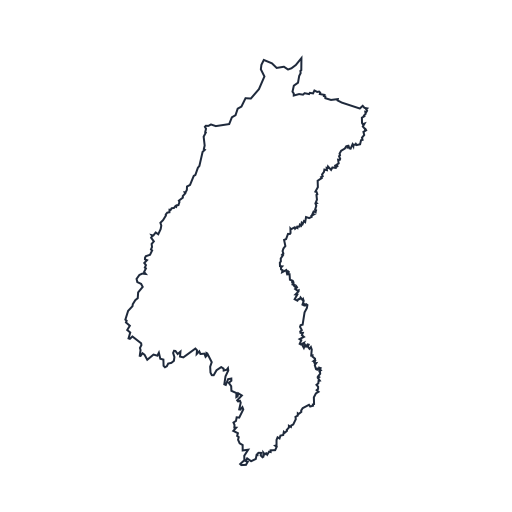 Thung Yai, Nakhon Si Thammarat, Thailand (Equal Earth projection), rotated 200°
{"feature_id": "78962969B32450695169109", "entity_name": "Thung Yai", "entity_type": "district", "adm_level": 2, "iso_a3": "THA", "parent_name": "Thailand", "parent_adm1": "Nakhon Si Thammarat", "projection": "equal_earth", "projection_center": [99.344, 8.291], "detail": "fine", "context": "isolated", "style": "outline", "palette": "slate", "viewbox_px": 512, "rotation_deg": 200, "n_neighbors": 0, "source": "geoboundaries", "source_scale": "gbopen_adm2", "svg_char_len": 6115}
<svg xmlns="http://www.w3.org/2000/svg" viewBox="0 0 512 512"><g transform="rotate(200 256 256)"><path d="M315.7,442.9L316.3,437.5L315.3,433.1L309.5,427.6L310.3,413.8L314.7,402.2L319.8,400.7L320.8,391.4L323.6,388.2L323.4,381.3L326.1,378.1L326.3,370.8L338.2,364.3L343.3,364.2L345.2,362.0L347.7,361.2L348.2,359.9L346.5,358.5L346.1,355.0L345.4,354.8L346.0,350.2L342.0,342.2L341.6,338.6L340.4,338.3L341.8,335.6L340.0,321.2L340.8,319.1L340.7,311.4L341.9,310.0L342.3,300.2L344.6,297.7L343.6,294.5L343.9,291.9L344.9,291.5L343.9,290.6L345.3,287.3L344.7,285.8L347.4,281.6L346.4,280.6L346.3,277.3L347.9,276.5L347.8,275.0L348.8,275.3L349.5,273.1L351.6,272.0L352.0,270.1L353.1,269.9L352.3,267.5L354.2,266.4L355.0,264.1L354.5,263.2L355.6,257.9L357.2,254.5L355.4,252.2L354.8,248.7L355.3,243.0L358.3,243.8L359.5,240.1L361.2,239.9L360.3,239.3L360.8,237.3L357.0,234.8L358.2,231.6L356.8,228.9L356.9,226.2L355.5,225.7L356.0,220.9L359.5,218.1L359.7,216.3L359.2,214.9L357.0,214.8L358.6,211.2L356.3,209.8L356.5,207.1L355.2,206.7L355.7,202.7L353.5,201.4L356.8,200.6L359.1,198.3L360.4,193.6L358.6,190.9L354.4,190.5L351.9,188.2L354.3,181.5L352.7,175.9L354.3,173.3L355.3,168.6L354.9,166.6L357.4,160.7L357.0,151.5L355.4,150.9L355.5,149.1L350.7,147.3L351.7,142.4L348.0,141.1L347.6,135.0L346.2,135.0L344.6,138.1L334.1,134.7L333.2,133.1L333.6,129.9L332.3,128.1L331.1,122.5L330.3,122.6L329.4,125.8L327.0,125.1L322.7,121.3L318.6,128.3L314.6,128.6L314.2,131.9L310.8,126.7L307.6,127.0L305.3,121.2L303.5,120.3L302.1,121.9L301.7,124.9L299.0,126.6L297.3,129.4L298.1,133.1L300.7,136.5L300.6,138.9L299.2,139.2L296.1,137.1L294.3,140.3L293.0,135.5L289.6,135.9L281.3,148.3L279.2,147.2L278.2,143.6L276.7,147.0L274.7,144.9L271.1,146.6L268.9,144.0L268.3,145.4L269.3,147.9L268.5,147.8L261.3,141.1L261.2,136.3L258.9,130.9L256.8,128.9L255.0,129.5L254.0,135.2L250.7,139.7L248.0,139.1L247.2,137.3L244.6,139.1L244.0,141.0L242.9,138.9L243.5,132.5L241.9,124.6L240.3,124.5L240.1,130.7L237.3,132.4L236.5,130.4L238.2,127.5L234.8,125.2L233.0,120.9L227.5,120.5L226.2,116.7L225.3,117.8L225.7,120.9L221.6,120.1L224.3,113.9L223.1,113.2L221.5,114.4L220.2,112.9L219.3,106.1L218.2,106.3L217.1,109.3L215.5,107.5L216.5,98.4L219.0,97.8L218.4,94.2L220.2,91.8L218.4,89.9L217.7,87.4L215.9,87.9L217.5,83.9L212.4,83.3L212.2,80.5L210.3,79.9L210.0,77.2L207.3,74.4L203.9,73.8L202.0,68.7L197.1,71.3L198.7,64.3L197.1,60.1L199.7,55.1L198.3,54.5L194.0,56.3L193.4,59.8L195.7,59.8L195.1,62.8L190.4,61.5L186.8,65.2L187.4,69.2L186.5,69.4L187.0,70.8L186.2,72.0L183.9,72.7L183.4,70.2L181.0,69.1L180.4,70.0L181.9,73.8L179.9,72.6L179.0,74.1L177.5,73.1L176.8,76.6L175.2,76.8L175.8,78.4L171.6,80.1L171.3,83.8L173.1,84.3L172.0,85.2L173.8,90.2L173.7,93.0L171.5,92.6L171.6,95.6L169.2,97.1L169.7,100.3L168.5,99.8L167.1,102.3L167.6,103.1L166.4,106.1L167.0,107.7L164.7,107.3L164.9,108.8L163.4,110.4L162.8,116.3L163.9,118.3L162.2,120.3L162.9,122.4L161.9,122.1L160.1,125.0L160.7,126.3L160.1,129.0L155.3,134.3L153.6,133.1L151.2,134.8L151.8,135.9L150.8,136.7L153.3,143.0L152.7,147.4L150.8,149.8L153.1,150.7L152.2,152.3L152.9,154.4L155.1,155.6L153.9,157.7L154.5,160.0L153.4,160.7L156.2,162.6L155.3,163.8L156.5,164.1L155.4,167.3L156.5,169.5L157.7,168.9L156.0,170.8L157.4,171.4L157.0,172.7L158.4,172.7L158.0,171.0L158.7,171.7L159.9,171.2L159.8,170.1L160.9,170.2L163.4,173.5L162.8,175.9L164.1,175.2L164.9,175.9L164.6,177.4L165.9,177.1L165.0,178.7L165.4,179.7L168.6,180.8L168.9,182.0L170.1,181.4L171.6,187.1L173.3,189.2L174.0,187.1L176.3,188.5L176.2,190.7L177.3,190.6L178.0,188.1L179.5,189.3L179.6,186.0L182.4,188.5L181.7,188.6L181.4,190.6L183.6,188.2L184.9,188.4L184.6,192.3L186.6,192.8L183.3,196.4L185.8,197.3L185.7,199.8L187.9,199.0L188.6,200.2L187.6,202.0L190.4,204.5L190.4,206.3L188.7,207.4L191.1,219.7L190.4,224.4L190.9,227.5L192.4,227.9L192.8,226.6L193.8,227.1L193.9,226.0L195.7,226.2L195.8,230.1L197.0,231.6L197.2,230.5L200.0,232.3L200.2,230.4L201.4,230.0L201.8,228.2L204.9,228.6L204.0,233.8L205.7,233.4L203.9,237.3L204.2,238.4L205.1,237.6L207.9,238.4L206.7,240.6L207.7,241.3L208.1,240.0L209.7,241.0L210.4,240.3L209.8,241.9L211.8,241.8L211.4,243.4L212.3,244.7L213.1,243.9L213.6,245.3L216.0,245.3L218.2,250.3L219.9,249.6L219.7,252.2L220.7,252.6L221.2,250.6L222.8,253.1L225.9,249.7L226.2,251.7L227.9,252.0L228.6,253.6L227.9,255.2L230.0,254.7L231.3,257.9L230.8,259.4L231.9,262.1L230.9,266.0L231.9,266.1L231.2,267.8L232.7,269.7L232.8,272.5L231.8,275.4L235.1,280.7L233.5,282.2L233.5,287.7L231.7,288.3L231.4,289.4L233.0,293.5L232.3,293.1L229.5,296.1L228.6,295.0L227.7,296.7L226.7,296.5L227.1,297.8L225.2,298.5L225.5,300.4L224.0,299.9L224.4,302.7L223.1,301.9L222.9,305.2L221.4,304.7L222.3,309.7L219.0,309.8L217.1,311.8L217.7,312.7L215.9,314.8L217.3,314.5L217.1,317.5L215.0,317.6L215.4,319.1L214.4,319.4L216.3,319.7L216.5,323.8L218.0,325.6L217.0,326.4L218.1,326.8L218.0,329.8L220.1,334.1L219.5,335.0L220.9,336.8L222.2,336.8L221.4,341.8L223.8,347.8L220.9,351.7L221.8,352.4L220.6,353.7L221.8,355.2L220.9,358.3L221.3,360.6L218.7,360.9L219.8,363.1L218.6,363.3L218.9,364.7L214.9,362.6L214.5,365.3L211.4,366.0L212.5,367.9L211.4,368.5L210.8,367.4L210.2,368.3L211.5,369.3L210.0,371.3L211.8,374.6L210.2,375.0L210.1,376.1L212.1,378.2L211.5,379.4L212.5,380.8L212.0,384.0L209.3,387.3L208.7,390.0L207.4,390.9L207.0,389.7L206.4,390.7L205.1,389.1L203.8,389.2L203.5,393.9L202.1,392.5L202.5,394.1L200.7,394.5L200.5,395.5L199.3,394.7L196.4,396.6L196.9,400.7L195.6,401.6L196.9,403.5L195.7,406.7L197.5,409.4L195.5,411.8L196.2,412.4L196.5,411.4L196.9,412.6L199.9,414.2L199.3,417.6L200.8,416.4L201.9,417.3L203.8,422.2L202.0,424.4L202.6,424.9L201.6,427.1L202.6,428.9L201.6,429.0L201.3,430.5L202.7,431.6L202.1,432.7L204.7,432.3L207.1,433.6L208.9,430.1L227.9,429.5L232.6,430.1L232.8,431.4L238.9,428.3L244.8,428.0L245.4,429.6L246.8,429.5L246.8,430.8L251.4,430.0L251.5,431.4L252.9,432.1L254.6,431.1L257.7,431.5L258.0,428.3L261.2,427.7L261.5,426.3L266.0,425.6L267.0,423.7L270.9,422.9L275.4,419.7L276.1,421.6L277.9,422.9L278.7,429.0L275.8,433.2L277.0,440.0L276.6,443.1L277.6,445.1L277.0,446.1L281.0,457.5L283.9,449.1L286.9,444.5L289.7,442.2L294.5,443.4L300.9,439.8L306.9,442.5L315.7,442.9Z" fill="none" stroke="#1e293b" stroke-width="2"/></g></svg>